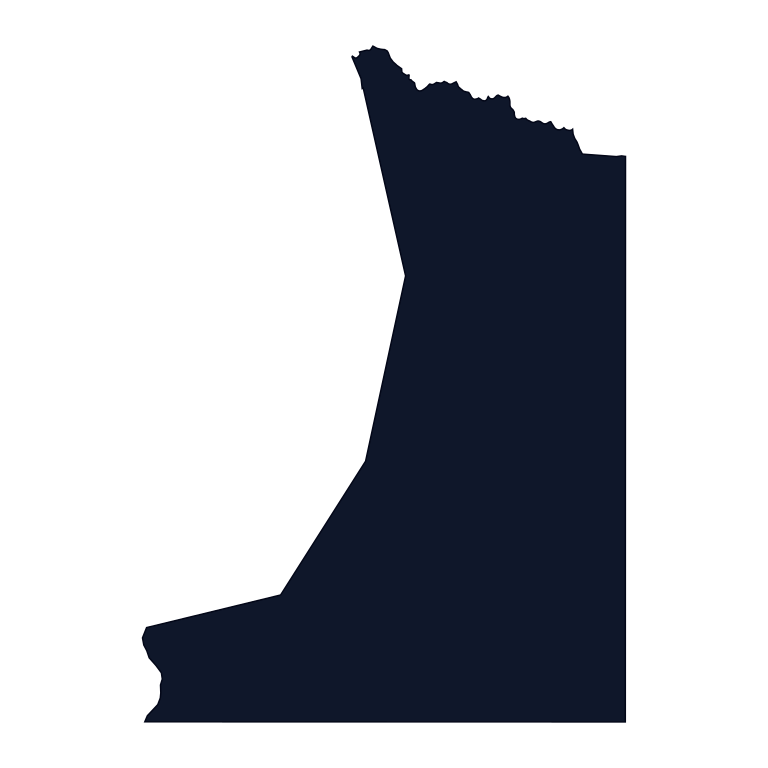 outline of Nsork, Wele-Nzás, Equatorial Guinea
{"feature_id": "11065452B58050641555743", "entity_name": "Nsork", "entity_type": "district", "adm_level": 2, "iso_a3": "GNQ", "parent_name": "Equatorial Guinea", "parent_adm1": "Wele-Nzás", "projection": "albers", "projection_center": [11.202, 1.263], "detail": "fine", "context": "isolated", "style": "filled", "palette": "ink", "viewbox_px": 768, "rotation_deg": 0, "n_neighbors": 0, "source": "geoboundaries", "source_scale": "gbopen_adm2", "svg_char_len": 5363}
<svg xmlns="http://www.w3.org/2000/svg" viewBox="0 0 768 768"><path d="M146.6,627.6L142.5,637.9L143.8,645.0L146.8,650.7L149.2,657.8L156.0,665.5L161.4,672.8L162.3,679.1L160.5,685.0L160.8,692.9L160.3,698.0L157.8,704.6L147.4,715.7L144.8,721.8L625.3,721.9L625.5,156.4L625.2,156.4L621.6,155.9L616.4,156.6L582.4,154.1L579.6,149.1L578.2,145.1L577.0,142.1L574.7,138.4L573.9,136.3L573.1,134.1L572.6,129.3L572.4,129.5L572.0,129.7L571.6,130.0L571.4,130.1L570.6,130.3L570.3,130.3L570.0,130.4L568.9,130.4L568.6,130.3L568.4,130.3L567.5,130.1L567.3,130.0L567.2,130.0L566.0,129.6L565.1,129.0L563.9,127.7L563.3,128.3L562.9,128.5L562.6,128.8L560.8,129.6L560.3,129.7L559.8,129.9L558.2,129.8L557.8,129.7L557.4,129.7L556.5,129.3L556.1,129.0L555.7,128.8L554.9,128.1L554.8,127.9L554.6,127.8L554.0,126.9L553.9,126.8L553.8,126.6L553.4,125.9L552.9,125.3L552.9,125.2L552.5,124.6L551.9,123.7L551.7,123.4L551.1,122.2L550.7,121.7L549.4,122.0L548.7,122.4L548.1,122.8L547.9,122.9L546.8,123.5L546.3,123.6L545.9,123.8L545.3,123.9L545.1,123.8L544.9,123.9L544.2,123.8L543.9,123.7L543.5,123.6L542.9,123.4L542.7,123.2L542.2,122.9L541.7,122.6L541.5,122.4L541.3,122.3L541.2,122.2L540.5,121.7L539.8,121.4L538.8,121.1L538.3,121.0L537.4,121.1L535.6,121.8L535.4,121.9L535.0,122.0L534.6,122.2L534.2,122.3L533.9,122.4L533.1,122.4L532.7,122.3L532.2,122.3L531.3,122.0L531.1,121.8L530.9,121.8L530.2,121.3L529.2,120.8L528.5,120.6L528.4,120.5L527.6,120.1L527.3,119.9L527.0,119.7L526.4,119.1L526.2,118.9L526.0,118.6L525.7,118.3L525.3,118.4L525.1,118.4L524.9,118.5L524.3,118.6L524.2,118.6L523.6,118.6L523.1,118.5L523.0,118.4L522.9,118.4L522.4,118.2L521.7,118.5L521.4,118.6L521.2,118.8L520.5,119.1L520.4,119.1L519.8,119.3L519.4,119.3L519.0,119.4L518.1,119.3L517.8,119.3L517.5,119.2L517.0,119.1L516.0,118.5L515.5,118.0L515.3,117.6L515.0,117.2L514.7,116.2L514.4,114.9L514.4,114.7L514.3,114.4L514.3,113.2L514.3,112.6L514.1,111.8L513.9,111.4L513.4,110.6L512.8,109.6L512.4,109.2L511.4,108.5L511.2,108.1L510.9,107.8L510.4,107.0L510.3,106.7L510.1,106.3L510.0,105.8L510.0,105.5L509.9,105.3L509.9,101.8L509.7,100.1L509.3,98.6L508.8,97.4L508.5,97.1L508.4,96.9L507.9,96.2L506.6,97.1L506.3,97.2L506.0,97.3L505.4,97.5L504.3,97.5L503.9,97.5L503.4,97.5L502.9,97.3L502.4,97.2L501.8,97.0L501.4,96.8L501.2,96.7L500.2,96.2L499.7,96.1L499.4,95.8L499.0,95.6L498.6,95.3L498.2,95.1L497.5,95.3L497.3,95.4L496.9,95.6L496.1,96.3L495.5,97.0L495.4,97.0L494.7,97.8L494.4,98.0L493.7,98.5L492.6,98.9L491.9,98.9L491.4,98.8L490.9,98.8L490.4,98.6L490.1,98.4L489.7,98.2L489.3,97.9L489.0,97.5L488.8,97.2L488.5,96.7L488.3,96.5L487.7,97.5L487.5,98.1L487.4,98.4L487.4,98.6L487.1,99.1L486.9,99.4L486.6,99.8L485.8,100.5L485.7,100.6L485.3,100.7L484.2,100.9L483.6,100.8L483.4,100.7L483.3,100.8L482.8,100.6L482.5,100.5L482.3,100.5L481.8,100.2L481.5,100.0L481.1,99.7L480.9,99.5L480.5,99.2L479.2,98.4L478.6,98.0L478.2,98.3L477.2,98.8L476.1,99.0L475.8,99.1L474.8,99.3L474.2,99.2L473.1,98.8L472.6,98.5L472.4,98.2L472.2,98.0L471.6,97.3L471.1,96.6L471.0,96.2L470.8,96.0L470.8,95.8L470.4,95.2L470.2,94.6L469.6,93.8L469.1,93.1L469.0,92.8L468.7,92.6L468.6,92.4L467.4,92.1L466.7,92.0L465.7,91.8L465.6,91.7L465.4,91.7L464.7,91.5L464.1,91.3L463.7,91.1L463.2,90.9L462.7,90.5L462.6,90.4L462.1,89.9L461.8,89.7L461.7,89.6L461.2,89.2L460.8,89.0L460.6,88.8L460.4,88.6L460.1,88.3L459.8,88.1L459.7,87.9L459.0,87.4L458.5,86.8L458.4,86.6L458.3,86.4L458.1,86.1L458.0,85.8L457.9,85.5L457.7,84.9L457.5,84.2L457.2,83.8L456.5,82.5L456.4,82.3L456.3,82.2L456.1,81.8L455.9,81.9L455.8,82.0L454.9,82.4L454.3,82.7L454.2,82.7L454.1,82.8L453.6,83.0L452.7,83.5L452.4,83.6L452.2,83.8L451.3,84.1L451.1,84.1L450.9,84.2L450.4,84.2L450.2,84.2L449.8,84.2L448.6,83.9L447.9,83.5L447.7,83.3L447.5,83.1L447.1,82.8L446.7,82.5L445.4,82.1L445.1,81.9L444.5,81.5L444.1,81.5L443.9,81.6L443.6,81.8L442.6,82.6L442.3,82.7L442.0,82.9L441.5,83.0L441.2,83.0L440.9,83.1L440.5,83.2L440.1,83.1L439.7,83.1L439.4,83.0L439.1,82.9L436.5,82.5L436.4,82.5L436.2,82.7L436.0,82.8L434.6,83.7L433.9,84.1L433.7,84.2L433.5,84.3L433.0,84.5L432.6,84.5L432.2,84.6L431.9,84.6L431.7,84.5L431.4,84.5L430.9,84.4L430.6,84.3L429.9,84.0L429.6,84.2L429.4,84.3L429.1,84.6L428.8,84.9L428.6,85.2L428.4,85.4L428.4,85.5L428.0,85.8L427.7,86.2L427.5,86.4L427.3,86.6L426.4,87.4L426.3,87.5L426.2,87.6L425.8,87.8L425.3,88.3L424.0,89.2L423.9,89.2L423.8,89.3L422.3,90.3L422.0,90.4L421.8,90.6L421.1,90.8L420.8,90.8L420.5,90.9L419.6,91.0L418.4,90.7L417.7,90.3L416.8,89.6L415.7,87.7L415.5,87.3L415.2,86.7L415.2,86.4L414.9,85.0L414.6,83.2L414.4,82.8L414.0,82.5L412.1,81.1L411.5,80.5L411.1,79.9L410.3,79.7L409.7,79.7L409.2,79.3L409.0,78.8L408.9,78.2L408.9,77.9L409.1,75.1L408.8,74.9L407.5,75.3L407.4,75.3L407.1,75.3L406.5,75.3L406.1,75.2L405.8,75.0L405.7,75.0L402.8,73.1L402.3,72.7L402.2,72.5L401.9,72.0L401.8,71.3L401.6,68.7L400.1,67.7L396.5,65.1L396.4,64.9L393.3,62.1L393.0,61.8L390.4,58.3L390.3,58.2L390.2,58.0L390.1,57.7L389.1,55.1L388.2,52.7L387.2,51.0L384.7,49.6L383.1,49.5L380.4,49.2L380.2,49.1L377.2,48.4L376.8,48.2L376.7,48.2L374.2,46.8L372.9,46.1L372.3,47.0L370.8,49.4L370.3,49.9L369.8,50.2L369.2,50.4L368.6,50.4L368.3,50.4L367.0,50.1L359.5,52.0L359.9,52.9L360.1,53.6L360.0,54.3L359.8,54.9L359.4,55.5L357.4,57.4L357.0,57.7L356.7,57.9L355.9,58.0L355.3,58.0L354.9,57.9L354.5,57.6L352.4,56.2L352.0,56.9L361.1,78.7L362.2,88.5L363.2,87.9L405.6,275.9L365.6,461.2L280.6,595.0L192.3,616.5L146.6,627.6Z" fill="#0f172a" stroke="#020617" stroke-width="1.5"/></svg>